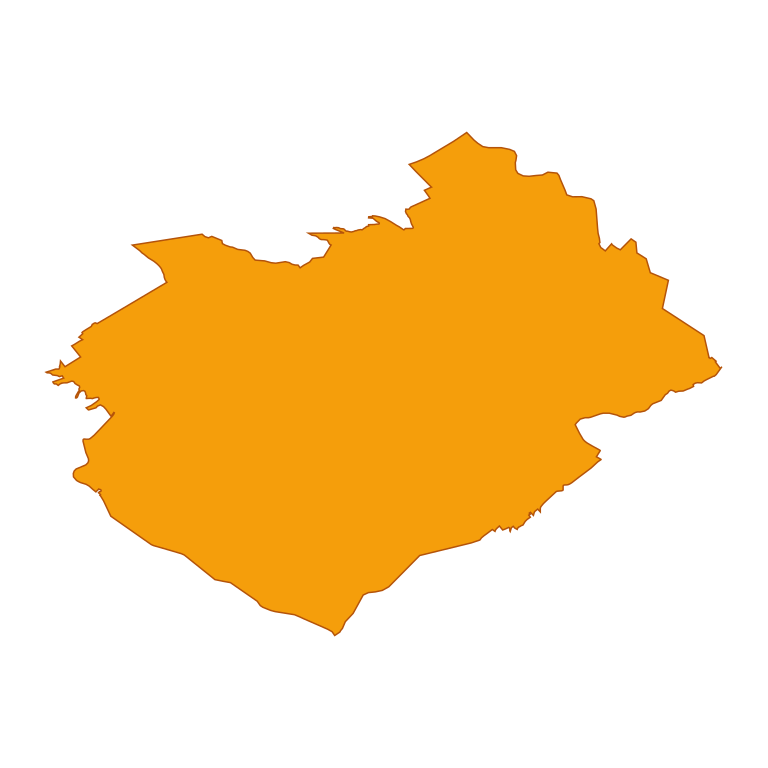 outline of Bascov, Arges, Romania
{"feature_id": "2599482B67897088940014", "entity_name": "Bascov", "entity_type": "district", "adm_level": 2, "iso_a3": "ROU", "parent_name": "Romania", "parent_adm1": "Arges", "projection": "equal_earth", "projection_center": [24.784, 44.893], "detail": "fine", "context": "isolated", "style": "filled", "palette": "amber", "viewbox_px": 768, "rotation_deg": 0, "n_neighbors": 0, "source": "geoboundaries", "source_scale": "gbopen_adm2", "svg_char_len": 6013}
<svg xmlns="http://www.w3.org/2000/svg" viewBox="0 0 768 768"><path d="M334.7,635.5L339.8,632.1L340.7,630.5L342.4,628.5L345.3,621.7L353.1,613.4L363.2,595.0L368.4,592.6L375.3,591.9L382.3,590.4L388.8,586.8L419.7,555.5L471.3,542.9L479.9,540.0L481.5,537.8L484.0,535.7L486.9,533.6L492.3,529.5L495.0,531.4L495.7,529.7L496.6,528.6L499.4,526.0L502.7,530.0L504.8,529.2L506.4,528.5L508.7,527.4L509.4,527.8L509.9,529.6L509.8,530.8L510.2,531.5L511.4,527.7L513.2,526.3L514.8,528.1L517.2,529.4L517.5,528.4L518.0,527.9L518.6,527.1L519.5,526.8L521.2,525.7L523.0,525.0L524.5,522.5L525.3,521.3L527.1,519.5L530.3,517.2L528.8,515.1L530.1,514.3L529.3,513.1L530.4,512.3L533.4,515.4L534.3,512.3L535.1,511.2L537.7,509.1L540.3,511.9L540.3,508.4L540.7,507.0L541.5,505.9L543.5,503.5L546.5,500.6L556.2,491.6L557.2,491.2L561.6,490.8L562.8,490.4L563.1,489.9L563.1,486.0L563.4,485.4L564.2,485.0L566.7,484.9L568.0,484.7L569.7,484.0L571.8,482.7L579.0,477.1L586.6,471.4L591.1,468.0L597.8,461.8L600.9,459.7L601.0,459.4L598.8,458.1L596.4,456.8L600.2,450.7L599.9,450.2L591.9,445.8L587.3,443.1L585.4,441.7L584.3,440.7L583.1,439.4L579.5,433.3L578.1,430.5L575.2,424.7L576.4,423.0L580.2,419.1L585.1,417.7L588.5,417.7L590.5,417.3L600.5,413.8L603.3,413.2L609.3,413.2L617.0,415.1L619.8,416.4L623.9,417.2L625.3,416.9L627.1,416.1L630.9,415.3L634.5,412.9L635.9,412.3L637.7,411.9L640.1,412.0L644.8,411.0L648.4,408.7L650.8,405.4L652.7,403.8L661.2,400.4L665.3,394.7L667.5,393.3L669.1,391.1L670.9,390.1L673.5,390.8L675.6,392.2L678.8,391.2L683.2,391.0L687.7,389.1L689.5,388.5L693.6,386.4L693.1,384.6L695.2,383.2L697.3,382.7L701.6,382.9L704.2,380.9L707.0,379.4L713.3,376.3L714.3,376.2L716.2,374.6L721.9,366.7L720.3,368.5L715.4,361.9L716.1,361.2L711.8,357.5L710.6,358.3L710.1,358.4L709.2,357.4L709.0,357.6L708.8,357.4L708.8,356.6L704.0,335.6L662.4,308.5L668.4,280.3L650.3,272.7L646.2,258.8L636.9,252.9L635.9,242.2L631.1,238.9L620.3,249.8L616.8,248.1L612.3,244.9L611.6,243.8L605.3,250.9L602.9,249.1L602.7,248.9L600.8,247.6L598.9,243.7L599.9,242.6L599.4,238.4L598.1,233.3L597.6,228.6L596.1,209.0L593.8,200.7L591.0,198.8L582.0,196.7L572.6,196.8L566.8,194.9L565.0,190.1L560.4,179.4L558.9,175.4L557.0,173.1L547.9,172.2L542.4,175.0L536.1,175.5L529.1,176.3L523.2,175.9L517.9,173.4L515.7,169.8L515.3,162.6L515.9,160.4L516.6,155.7L514.4,151.4L509.7,149.4L501.4,147.7L488.7,147.7L482.8,146.6L477.8,143.3L473.9,140.0L466.7,132.5L453.5,141.4L429.3,155.9L423.6,158.9L416.5,161.9L409.2,164.4L415.7,171.3L431.1,186.8L431.5,187.1L424.4,190.3L428.3,195.7L430.0,198.3L411.5,206.7L410.6,207.2L410.2,207.7L409.7,208.2L409.4,208.9L408.9,209.1L408.2,209.2L407.2,209.3L405.9,209.1L405.5,211.5L406.4,213.7L407.3,214.6L408.1,216.4L409.5,217.8L410.3,219.5L410.8,221.7L411.5,223.9L413.3,227.3L413.1,228.0L412.4,228.4L406.1,228.5L405.3,228.5L404.1,229.8L403.6,229.8L399.2,226.8L396.6,225.4L390.6,221.6L385.1,218.6L379.7,216.9L375.3,216.0L372.5,215.8L372.4,216.7L370.5,216.6L368.7,216.8L368.6,217.9L372.7,218.2L373.3,218.5L376.3,221.1L378.0,222.2L378.6,222.4L379.1,222.8L379.3,223.1L379.2,223.7L378.9,224.0L378.5,224.1L377.1,224.1L374.4,224.5L368.6,224.7L368.6,226.1L367.1,226.4L366.2,226.7L365.7,227.4L363.6,228.6L362.4,229.7L361.6,229.8L361.1,229.6L360.4,229.6L359.4,229.8L358.6,229.9L357.5,230.2L356.7,230.6L355.7,230.7L354.9,230.9L353.9,231.4L351.4,232.0L349.9,231.8L347.2,231.1L346.5,231.2L345.3,230.5L344.5,229.4L343.3,228.8L340.4,228.6L338.6,227.7L336.5,227.5L334.6,227.7L333.8,227.5L333.3,228.4L335.3,229.4L344.1,233.0L308.5,233.2L311.9,235.2L315.6,235.8L318.0,237.2L319.3,238.6L320.3,239.2L321.1,239.5L322.0,239.6L323.3,239.6L325.5,239.8L327.1,240.1L327.6,240.6L329.1,243.4L329.9,244.4L331.1,245.0L328.1,249.9L323.6,257.1L312.5,258.4L309.7,262.0L303.7,265.3L300.1,267.8L298.1,265.1L295.0,265.0L291.9,264.2L289.3,262.6L285.3,261.7L275.7,263.2L271.1,262.7L264.7,260.9L255.2,260.1L252.8,257.5L250.2,253.1L247.8,251.4L245.0,250.3L237.7,249.4L232.6,247.2L230.1,246.9L225.3,245.2L222.4,243.6L221.8,240.5L211.8,236.4L208.4,237.8L204.9,236.6L202.1,234.2L132.4,245.1L139.8,250.7L142.0,252.9L143.9,254.2L148.4,257.9L153.8,261.2L156.8,263.6L158.8,265.5L160.1,267.0L161.4,268.8L162.4,271.4L163.9,274.5L164.3,277.4L164.9,279.2L165.7,280.8L166.9,282.3L117.5,311.6L97.1,323.6L95.6,322.9L94.2,323.1L93.6,323.7L93.3,323.8L92.2,324.4L92.2,324.7L91.2,326.5L86.1,329.6L83.0,331.6L82.0,332.5L82.7,333.8L78.9,337.2L82.6,339.7L79.5,341.2L74.1,344.6L71.7,345.9L80.6,357.0L65.0,366.7L60.5,361.0L60.2,364.1L59.5,366.7L59.8,366.8L59.4,368.3L59.1,368.8L58.7,369.1L55.6,369.1L46.1,372.2L47.0,372.8L49.2,372.9L50.7,373.3L52.7,375.0L57.4,375.6L59.4,376.6L62.2,375.8L63.7,378.1L52.9,381.9L53.2,382.7L53.5,383.0L54.3,383.9L56.4,384.0L58.2,385.4L60.4,383.7L61.5,383.4L61.5,383.2L63.6,382.9L67.0,382.8L69.0,382.1L71.8,381.1L73.5,381.5L74.2,382.2L75.0,383.5L77.2,384.9L79.4,386.0L79.7,387.4L78.9,389.1L79.4,390.7L78.6,391.2L76.1,395.5L75.6,396.9L75.6,397.9L76.6,397.9L76.8,397.5L76.5,397.2L77.4,397.1L79.0,393.0L81.3,390.9L83.7,390.6L85.0,391.4L85.5,392.8L85.9,394.7L86.8,395.7L86.2,398.3L86.3,398.5L90.6,398.3L92.4,398.6L94.1,398.0L96.1,397.5L98.3,397.4L98.9,398.3L99.1,399.5L96.5,401.8L91.2,405.5L86.2,407.8L88.3,409.8L88.6,409.9L88.8,409.9L96.0,407.8L97.5,406.1L100.4,404.9L103.5,406.6L106.0,409.3L111.0,416.2L112.2,414.8L113.8,412.5L114.3,412.8L113.7,414.3L112.2,416.3L94.2,435.2L90.1,438.6L88.7,439.2L86.1,439.2L84.0,439.0L83.2,439.5L83.0,441.1L85.9,452.7L88.4,458.6L88.6,460.9L87.9,462.8L85.8,464.9L76.1,469.0L74.2,471.0L73.3,473.5L73.5,476.9L76.5,480.4L78.5,481.6L80.6,482.6L86.1,484.3L89.2,486.1L92.6,489.2L95.9,491.9L98.8,489.0L99.2,489.4L99.9,489.4L100.5,489.6L100.9,489.9L101.1,490.4L101.1,490.9L100.8,491.3L100.2,491.7L99.8,491.8L99.5,491.7L98.5,492.7L100.5,494.6L99.9,495.3L100.5,495.8L103.6,500.9L110.8,516.2L151.3,544.6L153.6,545.6L171.3,550.7L181.4,553.7L184.3,555.0L194.6,563.3L214.9,579.6L223.2,581.3L230.4,582.6L257.2,601.2L260.3,605.6L262.9,607.3L270.6,610.4L275.1,611.6L294.5,614.7L300.2,617.1L303.6,618.7L327.6,629.2L332.1,631.7L334.7,635.5Z" fill="#f59e0b" stroke="#b45309" stroke-width="1.5"/></svg>